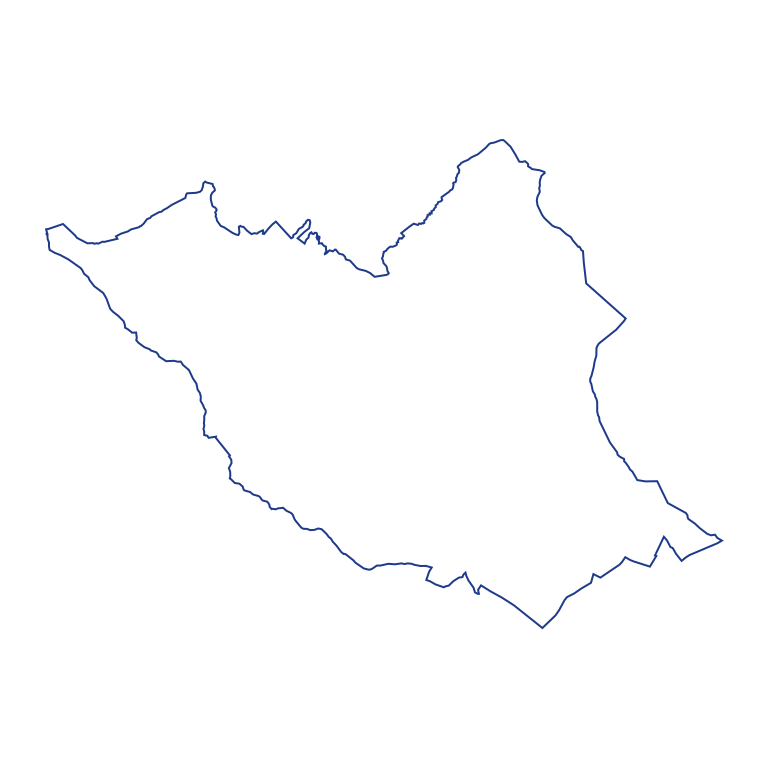 Francesti, Vâlcea, Romania
{"feature_id": "2599482B2932687396004", "entity_name": "Francesti", "entity_type": "district", "adm_level": 2, "iso_a3": "ROU", "parent_name": "Romania", "parent_adm1": "Vâlcea", "projection": "albers", "projection_center": [24.139, 45.02], "detail": "fine", "context": "isolated", "style": "outline", "palette": "blue", "viewbox_px": 768, "rotation_deg": 0, "n_neighbors": 0, "source": "geoboundaries", "source_scale": "gbopen_adm2", "svg_char_len": 6098}
<svg xmlns="http://www.w3.org/2000/svg" viewBox="0 0 768 768"><path d="M721.9,540.6L717.3,537.9L715.0,534.7L711.1,535.3L707.3,533.9L699.6,528.0L694.8,523.5L688.5,519.1L687.8,517.9L687.4,515.2L685.9,513.0L667.8,503.1L657.2,481.2L645.6,481.4L637.3,480.1L632.4,471.6L630.0,469.5L628.6,466.9L625.9,463.0L624.2,461.4L624.1,459.0L619.8,456.7L617.6,454.7L617.1,452.3L610.0,442.6L599.6,421.1L599.1,417.1L598.1,415.5L597.2,411.5L597.2,401.9L596.5,399.2L595.3,396.7L594.7,394.1L592.9,391.4L591.3,383.9L590.2,381.7L590.3,378.5L591.5,375.8L593.6,367.6L594.7,361.2L596.3,355.8L596.5,347.9L597.4,345.9L598.9,343.5L616.2,329.7L623.7,321.4L625.7,318.5L586.2,283.4L583.8,262.5L583.0,251.1L581.4,250.2L580.0,247.4L579.3,246.7L578.3,246.9L572.7,240.2L570.8,237.0L566.2,234.1L559.8,228.3L554.6,226.8L552.3,225.6L544.5,218.2L542.2,215.1L537.5,205.3L536.8,200.3L537.4,196.9L539.8,191.9L539.2,187.9L539.9,186.0L539.7,182.4L540.2,179.6L541.5,175.8L544.7,173.0L544.5,172.0L539.5,170.2L531.9,169.1L530.6,167.8L528.5,166.7L528.0,166.1L528.2,164.4L527.7,163.5L525.1,161.2L522.3,161.9L519.3,161.7L515.2,154.2L510.6,146.8L504.5,140.9L503.0,140.0L500.6,140.2L494.5,142.5L490.3,143.3L488.9,144.3L485.8,147.7L477.9,154.3L471.3,157.4L468.0,159.9L463.8,161.6L461.0,163.2L459.8,164.8L458.1,166.0L457.7,167.0L459.3,170.0L458.9,172.9L457.6,174.0L456.6,177.1L456.0,177.9L456.3,180.1L455.5,182.2L453.7,182.6L453.1,183.4L453.6,184.9L452.7,188.6L452.2,189.4L450.3,190.3L449.2,191.7L441.6,197.1L441.6,198.5L442.2,199.4L442.1,200.2L440.6,201.4L438.1,202.2L437.5,204.0L435.6,205.4L435.8,207.1L434.2,208.6L433.9,209.9L431.4,211.3L431.7,212.4L431.6,213.5L429.8,213.2L429.8,214.7L428.2,214.6L427.5,215.1L427.7,216.6L426.8,217.2L426.3,219.1L424.2,220.5L424.3,222.8L423.5,223.4L422.1,223.1L421.3,223.9L419.1,223.5L417.9,225.0L413.7,223.7L409.5,226.6L401.2,233.1L404.1,236.1L401.9,238.6L401.1,238.1L400.5,238.5L399.3,238.2L397.8,241.3L398.1,242.2L396.7,242.6L396.9,244.4L396.3,245.3L392.7,246.8L390.7,246.6L389.2,247.3L386.9,249.5L386.3,250.6L383.7,251.9L383.9,252.5L383.3,253.9L382.9,256.6L382.0,258.4L383.1,260.9L383.5,263.1L386.2,266.0L386.8,267.3L387.6,271.5L388.5,272.5L388.7,273.3L388.4,273.9L386.5,274.9L374.6,276.8L370.2,273.1L365.8,270.9L359.1,269.3L356.7,268.0L350.0,260.6L345.8,259.4L345.1,256.9L343.1,254.7L339.1,253.7L335.7,249.6L335.0,249.6L332.8,251.4L329.5,250.3L326.4,253.3L324.9,254.1L324.8,253.7L326.6,250.9L326.0,249.9L325.9,246.6L324.1,246.0L322.4,244.2L321.9,243.2L318.9,243.6L319.0,241.2L318.6,240.5L319.5,238.2L319.5,236.9L318.5,236.4L318.2,239.4L317.3,239.3L317.2,238.4L316.6,237.6L317.1,235.1L316.8,233.3L316.4,232.9L314.7,232.8L313.7,234.0L312.3,233.8L311.4,232.3L310.2,233.0L308.9,235.1L308.5,237.7L306.3,239.6L304.6,243.6L297.6,238.3L304.4,231.9L309.2,228.2L310.3,222.4L309.7,220.2L308.0,219.8L306.3,221.3L305.5,223.2L303.6,224.8L303.6,225.5L302.7,226.8L298.9,228.9L296.3,233.2L293.4,235.0L293.0,237.3L291.2,238.3L275.9,221.6L272.5,224.3L268.7,228.3L264.1,234.0L262.8,233.7L263.3,231.9L262.9,230.3L259.2,232.0L257.0,233.6L254.4,233.2L251.5,234.1L247.2,230.8L243.4,226.8L241.4,226.7L240.4,225.9L238.9,226.7L239.4,232.8L238.4,235.0L236.2,234.6L232.5,232.9L223.9,227.2L220.8,226.0L217.0,220.7L216.4,217.8L215.6,216.5L216.0,214.3L215.2,212.4L216.6,210.4L216.6,209.4L215.2,207.6L213.1,206.6L212.3,205.6L210.8,199.5L210.9,195.4L212.3,192.7L214.8,190.5L214.8,189.3L213.9,187.1L213.1,186.4L212.6,184.0L206.6,182.5L205.2,181.6L203.4,183.2L202.8,187.0L201.6,190.3L200.1,191.7L196.3,192.8L187.2,193.3L186.2,194.5L185.3,198.0L171.7,204.9L166.6,208.4L163.4,210.0L161.5,211.7L159.2,212.1L151.4,216.3L150.3,217.8L147.0,219.2L143.7,223.6L141.1,226.0L140.3,226.1L139.3,227.1L130.8,229.5L128.0,231.4L121.2,233.6L116.0,236.3L117.4,238.8L104.3,241.9L102.5,241.7L98.1,243.7L96.6,243.2L94.5,243.8L93.0,243.1L87.4,243.3L77.0,237.9L75.1,235.4L63.0,224.0L48.3,229.0L46.1,229.3L47.0,232.5L46.7,233.2L47.3,233.7L46.7,234.3L47.6,235.2L47.4,236.1L47.7,239.2L49.0,242.5L49.0,246.7L49.6,249.9L54.7,252.8L60.2,255.0L68.4,259.4L80.7,268.1L82.2,270.0L84.1,273.8L88.3,277.2L89.6,280.2L94.2,286.2L103.2,293.0L106.4,298.4L110.2,308.8L113.0,311.8L118.3,315.9L123.6,321.2L124.9,325.0L125.1,327.7L127.8,329.2L132.2,332.7L136.1,332.5L136.8,338.1L136.2,340.0L138.2,342.6L144.3,347.1L149.9,349.4L150.7,350.4L156.4,352.4L158.0,354.3L159.1,356.6L166.2,361.2L174.0,360.8L177.6,361.7L180.8,361.6L183.0,365.0L189.0,370.1L193.0,378.6L196.4,383.6L197.6,389.5L199.9,393.0L200.8,396.5L200.6,400.9L203.1,405.2L204.1,408.0L205.6,410.1L205.8,412.5L204.2,416.1L204.3,419.4L203.9,423.1L204.3,425.7L203.5,429.1L204.2,431.5L204.2,435.1L207.2,435.7L208.6,437.8L215.9,436.7L215.6,437.6L229.9,455.4L229.0,456.3L231.3,459.8L231.5,463.2L228.9,468.0L230.2,472.0L230.3,476.0L229.8,478.5L230.9,479.1L234.8,483.0L239.4,483.7L242.7,486.6L243.6,489.4L244.3,490.4L250.0,492.0L253.1,494.5L258.7,496.1L260.0,497.1L261.7,499.6L262.9,500.6L267.3,501.7L269.3,504.5L269.6,506.7L271.6,509.1L272.6,508.8L275.8,509.3L277.8,508.4L283.1,507.8L286.5,510.8L290.9,512.9L292.6,514.4L294.3,518.7L295.2,520.3L300.8,527.1L302.1,528.2L303.6,528.8L306.9,528.9L310.3,530.1L314.3,529.9L318.3,528.5L321.6,529.2L326.4,533.8L329.0,537.2L330.8,538.5L332.8,541.7L336.7,545.9L341.0,551.8L343.7,554.0L345.0,553.9L346.3,554.7L353.5,560.4L355.2,562.5L363.7,568.4L368.3,569.6L370.1,569.6L372.3,568.7L376.8,565.6L380.8,565.5L388.2,563.8L395.0,564.3L401.3,563.4L404.4,564.0L407.9,563.4L411.8,563.8L414.0,564.7L420.5,566.0L425.9,565.9L431.7,567.5L429.1,571.8L426.3,580.0L429.9,581.2L435.5,584.4L443.8,587.3L445.1,586.5L448.8,585.6L453.3,581.2L458.9,577.6L462.4,577.1L463.6,574.4L465.5,572.6L466.3,575.8L468.5,580.5L473.5,587.6L475.0,592.3L475.5,592.6L477.8,593.9L478.9,593.9L478.1,589.8L481.0,585.4L490.8,591.5L501.9,597.6L513.9,605.3L542.4,628.0L555.5,615.4L559.1,610.2L564.5,600.2L567.0,597.1L574.3,593.4L581.2,588.6L591.0,582.8L593.4,574.1L600.4,577.6L619.5,564.7L622.1,561.9L625.3,557.2L630.4,560.1L633.6,561.4L649.9,566.6L656.3,556.0L655.0,555.5L663.9,536.8L666.9,540.3L670.5,547.1L672.7,548.0L676.1,553.9L681.6,560.9L685.6,557.6L689.4,555.1L717.3,543.3L721.9,540.6Z" fill="none" stroke="#1e3a8a" stroke-width="2"/></svg>